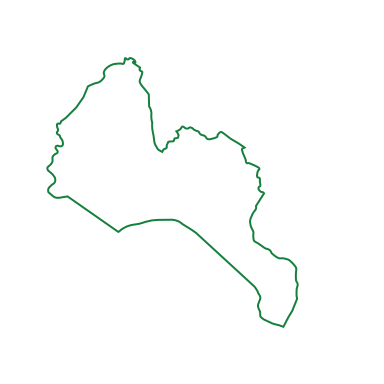 Dolores Merendon, Ocotepeque, Honduras (Equal Earth projection), rotated 123°
{"feature_id": "27666195B64666731554953", "entity_name": "Dolores Merendon", "entity_type": "district", "adm_level": 2, "iso_a3": "HND", "parent_name": "Honduras", "parent_adm1": "Ocotepeque", "projection": "equal_earth", "projection_center": [-89.141, 14.565], "detail": "fine", "context": "isolated", "style": "outline", "palette": "green", "viewbox_px": 384, "rotation_deg": 123, "n_neighbors": 0, "source": "geoboundaries", "source_scale": "gbopen_adm2", "svg_char_len": 6067}
<svg xmlns="http://www.w3.org/2000/svg" viewBox="0 0 384 384"><g transform="rotate(123 192 192)"><path d="M204.0,340.3L205.3,339.9L206.5,339.9L206.8,340.1L207.2,341.1L207.6,341.6L208.2,342.0L208.9,342.0L209.7,341.5L210.6,340.8L211.3,340.1L212.2,338.8L213.0,338.1L213.9,337.8L214.4,337.7L215.4,337.9L216.0,337.6L216.5,337.0L216.7,336.3L216.7,335.7L216.6,334.6L216.7,333.7L217.1,333.1L217.7,332.5L218.0,332.1L218.6,330.5L219.0,329.4L219.7,328.4L220.6,327.5L221.5,326.7L222.4,326.2L223.0,326.0L223.7,326.0L224.2,326.2L224.8,326.6L225.2,327.0L225.6,327.6L225.9,328.3L226.1,329.4L226.5,330.1L227.2,330.7L227.6,330.9L228.1,331.0L228.9,330.8L229.5,330.3L230.0,329.4L230.4,328.0L230.7,327.3L231.3,326.6L232.1,326.3L232.6,326.3L233.1,326.4L234.5,327.3L235.6,327.7L236.5,328.0L237.4,328.1L238.2,328.0L239.1,327.8L239.8,327.4L240.9,326.5L241.7,326.0L242.6,325.6L243.5,325.4L244.3,325.4L245.8,325.5L247.4,325.9L249.4,326.5L249.9,326.5L250.3,326.5L250.9,326.2L251.4,325.8L251.9,325.3L252.2,324.7L252.5,323.4L252.7,321.4L252.9,319.9L253.2,318.4L253.6,317.3L254.2,315.7L254.7,314.8L255.5,313.9L256.2,313.3L256.9,312.9L257.6,312.6L258.3,312.4L259.2,312.4L260.0,312.5L261.9,313.3L264.0,313.9L265.6,314.2L266.7,314.3L267.6,314.2L268.7,313.7L269.6,313.1L270.4,312.2L271.3,305.5L271.1,303.9L270.4,302.0L268.8,299.8L263.5,294.0L265.6,232.1L264.7,231.6L262.0,230.8L259.9,229.9L257.4,228.5L255.2,227.0L253.5,225.5L252.3,224.4L248.8,220.5L247.1,218.7L244.7,216.6L242.3,214.7L237.6,210.1L233.8,205.2L228.2,196.7L226.7,194.5L226.0,193.4L225.2,191.8L224.6,190.0L224.1,188.2L223.9,186.3L223.9,184.4L224.1,182.3L223.9,171.9L224.1,166.3L237.3,88.1L238.1,86.0L239.4,83.3L240.8,81.3L241.9,78.9L242.3,78.3L242.9,77.6L243.6,77.0L244.4,76.6L249.9,75.4L250.7,75.1L251.6,74.6L252.3,74.0L252.9,73.3L253.9,72.0L255.0,70.2L255.4,69.7L256.1,69.1L258.4,67.5L258.8,67.2L259.2,66.6L259.5,65.8L259.8,62.4L258.5,53.1L257.5,49.7L256.4,46.7L255.3,42.0L252.6,42.2L244.3,43.0L237.1,43.2L224.3,45.7L223.1,46.9L221.5,48.2L218.4,50.2L216.3,51.4L215.2,51.8L213.4,52.3L212.0,53.0L211.5,53.4L211.0,54.0L209.9,56.1L209.4,56.6L208.8,57.1L207.2,58.3L204.2,60.2L202.8,61.0L200.5,62.1L199.3,63.0L198.8,63.6L198.4,64.3L197.7,66.1L197.3,67.5L196.9,69.0L196.6,70.5L196.3,72.0L196.2,73.4L196.4,74.9L197.0,77.0L197.7,78.8L198.4,80.2L200.0,82.5L200.3,83.5L200.4,84.5L200.5,85.9L200.5,87.5L200.1,90.9L200.0,91.6L199.7,92.3L198.9,93.5L198.7,94.1L198.5,94.8L198.4,95.4L198.5,96.8L198.6,97.5L199.2,99.1L199.4,100.5L199.1,108.2L199.3,112.2L199.2,113.1L199.0,113.7L197.9,114.8L196.2,116.2L194.8,117.1L193.0,118.1L192.0,118.8L191.1,120.0L190.2,121.7L189.6,122.7L188.3,124.4L187.0,125.7L185.6,126.9L184.7,127.5L183.9,127.9L182.0,128.5L178.8,129.0L176.9,129.3L175.2,129.3L172.7,129.1L171.7,129.1L171.0,129.3L170.3,129.6L169.6,130.1L169.0,130.7L160.7,130.8L154.0,130.8L153.7,131.4L153.6,132.1L153.7,132.8L154.1,133.6L154.2,134.1L154.3,134.7L154.2,135.4L154.0,136.3L153.7,137.1L153.4,137.6L152.9,138.1L152.3,138.5L151.8,138.6L151.2,138.6L150.1,138.1L149.7,138.1L149.2,138.3L148.4,138.8L146.2,140.9L144.4,141.9L143.9,142.3L143.6,142.7L143.5,143.3L143.5,143.7L143.9,144.4L144.0,144.7L144.0,145.1L143.6,145.7L142.9,146.4L140.8,147.4L139.2,148.0L137.9,148.2L136.3,147.9L135.9,148.1L135.6,148.4L135.3,149.0L135.3,149.7L135.4,151.9L135.8,154.8L136.6,159.5L137.0,160.4L137.7,161.2L137.8,161.4L137.9,161.9L137.7,162.5L137.3,163.2L136.2,164.1L135.2,165.2L131.8,170.3L130.6,171.7L129.5,173.0L128.8,173.4L128.2,173.4L127.8,173.2L126.9,172.5L126.1,172.1L126.0,174.5L125.9,179.8L126.3,188.4L126.2,189.9L125.7,195.8L125.6,198.4L125.6,199.4L125.6,199.8L125.9,200.4L126.2,200.7L127.3,201.2L128.5,201.5L129.3,201.6L130.1,201.6L130.6,201.4L131.5,201.0L131.8,200.9L132.1,200.9L132.5,201.1L133.3,201.6L134.4,202.4L136.9,204.6L138.1,205.8L138.7,206.7L139.1,207.9L139.1,208.6L139.0,209.2L138.5,210.0L138.3,210.6L138.1,211.3L138.1,212.0L138.3,213.3L138.9,215.0L139.0,216.2L138.8,217.2L138.6,217.7L138.0,218.6L137.8,219.5L137.9,220.4L138.4,222.1L138.6,223.4L138.6,224.7L138.3,226.4L138.4,227.4L138.6,228.3L138.9,228.9L139.4,229.3L140.2,229.6L140.8,229.9L141.4,230.5L141.8,231.2L142.0,231.8L142.1,232.4L142.1,233.3L141.9,234.5L142.0,235.0L142.2,235.4L142.5,235.7L143.2,236.0L143.6,236.0L144.9,235.9L145.6,236.0L146.2,236.2L148.4,237.2L149.1,237.7L149.6,238.1L150.0,237.1L150.4,236.2L151.5,234.3L151.8,234.1L152.7,233.9L153.6,233.4L154.1,233.4L154.7,233.7L156.2,235.4L156.5,235.7L157.6,235.6L158.7,235.1L159.1,235.2L159.6,235.3L159.9,235.6L162.3,238.8L162.9,239.1L163.4,239.2L164.4,238.9L166.4,238.7L167.4,238.2L168.0,237.6L168.7,237.4L169.3,237.5L170.0,237.8L170.5,238.1L171.2,238.7L171.8,239.0L172.6,239.0L174.6,238.8L174.9,242.9L174.6,244.2L172.4,248.5L170.7,250.7L168.2,252.8L165.4,255.2L162.8,257.8L160.3,260.0L157.6,261.9L155.1,263.4L154.7,264.1L152.7,265.9L150.5,267.5L148.4,268.7L147.2,269.6L145.9,270.9L144.7,272.4L144.2,273.2L143.8,274.2L143.5,274.6L133.7,281.4L132.0,286.1L130.4,291.3L129.8,292.9L129.1,294.4L128.2,295.7L127.4,296.3L126.5,296.7L122.0,297.7L119.4,298.5L118.7,298.9L118.4,299.1L118.3,299.4L118.2,299.8L118.5,300.7L118.5,301.3L118.4,301.7L118.2,302.2L117.9,302.7L117.5,302.9L116.3,303.1L116.0,303.3L115.9,303.7L115.8,310.8L115.8,311.5L115.7,311.8L115.5,312.0L115.3,312.2L115.0,312.2L114.7,312.0L114.5,311.7L114.5,310.7L114.5,310.4L114.3,310.2L114.0,310.1L113.8,310.2L113.7,310.3L113.5,310.7L113.1,311.3L112.9,311.7L112.7,313.0L112.7,314.2L112.9,315.7L113.2,316.6L113.5,317.0L113.8,317.3L114.1,317.4L114.6,317.3L115.0,317.4L115.5,317.6L115.8,318.0L116.0,318.4L116.1,319.0L116.1,319.4L115.9,320.1L115.9,320.4L116.0,320.7L116.4,321.0L116.9,320.9L118.1,320.1L119.7,319.6L121.3,319.2L121.8,319.3L122.3,319.8L123.0,321.6L123.9,323.0L125.9,325.6L127.5,327.4L129.1,328.6L130.9,329.7L132.8,330.6L134.7,331.2L135.9,331.4L137.0,331.5L137.9,331.5L138.9,331.3L139.9,331.0L140.4,330.7L141.0,330.1L141.8,329.1L142.5,328.5L143.1,328.3L144.0,328.2L145.7,328.3L148.5,328.9L149.6,329.3L150.3,329.7L151.4,330.4L154.1,332.9L155.8,334.1L158.2,335.7L160.1,336.8L171.5,334.7L184.1,335.1L198.6,338.2L204.0,340.3Z" fill="none" stroke="#15803d" stroke-width="2"/></g></svg>